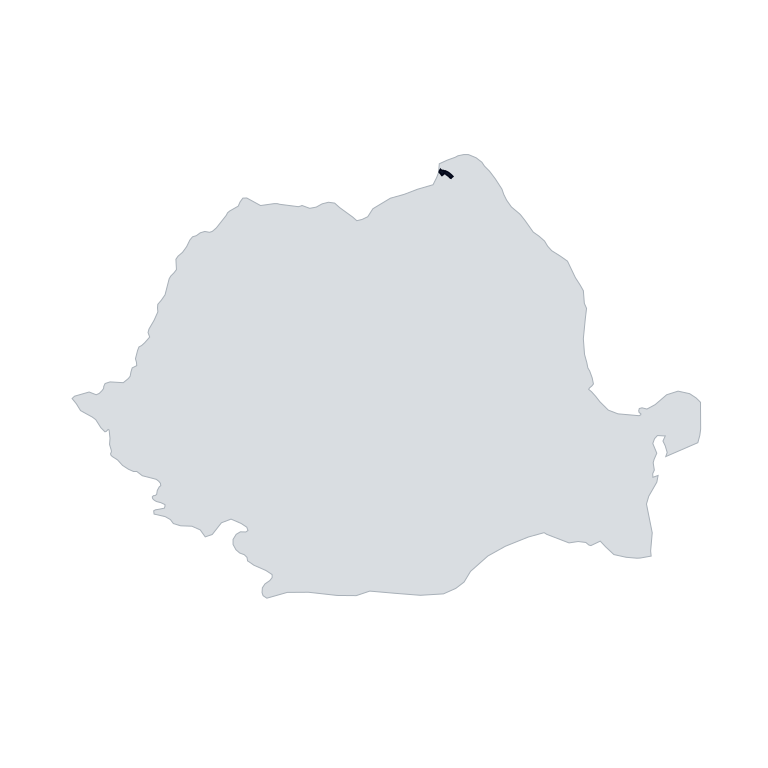 Cristinesti, Botosani, Romania (highlighted), rotated 352°
{"feature_id": "2599482B10546697969723", "entity_name": "Cristinesti", "entity_type": "district", "adm_level": 2, "iso_a3": "ROU", "parent_name": "Romania", "parent_adm1": "Botosani", "projection": "albers", "projection_center": [26.378, 48.088], "detail": "fine", "context": "in_parent", "style": "filled", "palette": "ink", "viewbox_px": 768, "rotation_deg": 352, "n_neighbors": 0, "source": "geoboundaries", "source_scale": "gbopen_adm2", "svg_char_len": 5503}
<svg xmlns="http://www.w3.org/2000/svg" viewBox="0 0 768 768"><g transform="rotate(352 384 384)"><path d="M595.3,431.6L602.5,441.1L611.5,446.1L632.2,450.9L634.0,450.2L634.2,449.2L632.7,447.8L632.5,446.0L633.4,443.8L636.2,443.5L640.9,445.4L649.6,442.2L662.4,434.0L674.2,432.0L685.3,436.1L691.1,441.2L694.9,446.2L694.0,452.5L693.5,456.4L691.3,472.7L689.6,478.8L686.6,485.8L652.9,495.1L654.9,491.2L653.9,484.4L652.3,479.3L655.3,474.6L647.6,473.1L644.3,475.8L641.9,480.3L644.5,490.5L641.0,496.2L639.6,499.4L639.7,506.9L637.6,510.2L637.3,513.8L642.7,512.7L640.5,519.2L630.6,531.9L627.2,539.4L628.9,568.7L624.8,586.4L624.6,591.6L613.5,592.0L610.2,591.7L599.7,589.3L587.9,584.9L580.8,576.1L576.3,569.7L566.4,572.8L564.5,572.0L561.8,569.0L554.3,567.0L545.1,567.1L524.2,555.5L521.9,553.5L505.7,555.6L481.5,561.6L462.9,568.8L443.6,581.6L435.7,591.3L426.6,596.4L413.7,600.1L390.6,598.3L366.7,593.0L341.1,587.1L327.1,589.7L308.3,586.9L280.2,579.7L259.2,576.9L238.2,579.8L234.8,576.8L234.2,573.5L235.2,568.9L238.3,565.4L243.5,562.8L246.3,560.1L246.7,557.2L241.2,552.3L230.0,545.4L225.5,541.2L224.3,540.2L224.2,536.6L221.9,533.6L217.6,531.3L214.3,527.5L212.2,521.9L212.9,516.9L216.7,512.3L221.2,510.4L226.6,511.3L228.9,510.1L228.2,506.7L223.1,502.2L213.7,496.5L203.7,498.8L193.0,509.1L185.7,510.5L181.7,502.9L174.0,498.1L162.8,496.1L156.0,492.9L153.6,488.5L148.9,484.9L138.2,480.8L138.3,477.5L140.1,476.8L144.0,476.7L149.2,476.4L150.1,474.6L150.3,472.9L146.4,470.4L142.3,468.7L140.3,467.1L139.0,465.4L138.8,463.6L140.1,462.5L141.8,462.6L143.5,461.7L144.7,457.8L147.1,454.6L148.8,453.6L148.8,451.2L147.3,448.8L145.2,446.7L141.9,445.3L131.9,441.2L127.0,436.2L123.8,435.8L119.0,432.8L113.8,428.3L109.6,422.1L104.8,418.0L103.6,416.3L103.6,414.8L104.6,413.3L104.7,411.5L103.8,405.7L105.1,399.7L105.3,394.0L105.4,391.4L104.5,390.6L103.6,391.3L102.3,392.3L101.0,392.5L97.6,388.0L93.6,379.2L90.6,376.2L84.7,371.8L79.8,368.1L76.6,360.8L73.1,355.0L75.9,353.0L90.9,350.9L97.5,354.6L100.7,353.7L103.9,351.3L105.7,349.4L106.2,347.3L107.9,344.7L113.0,343.8L126.0,346.4L131.6,343.0L133.7,341.0L135.2,336.6L136.9,333.0L141.7,331.4L141.9,328.0L141.4,324.4L144.7,316.4L146.5,313.2L149.3,312.2L152.7,309.9L158.5,304.9L157.5,300.2L158.9,296.9L165.2,288.9L170.1,281.1L170.3,277.1L171.1,273.6L175.2,270.0L179.6,265.2L185.9,249.9L187.9,247.4L191.6,244.6L194.4,241.8L195.3,231.5L197.9,228.7L202.8,225.6L207.7,220.5L211.8,214.4L214.9,211.6L218.8,211.0L223.1,208.7L227.8,208.0L232.3,209.5L235.2,209.0L239.7,206.1L251.3,195.0L252.9,192.7L255.3,191.2L264.4,187.6L266.8,183.7L270.1,180.3L274.0,180.7L286.6,190.1L300.5,190.1L303.1,190.5L303.9,190.7L305.6,191.5L323.9,196.5L326.8,196.1L327.6,195.8L334.9,199.7L341.5,199.4L347.8,197.0L354.3,196.3L360.3,198.0L364.7,203.2L376.3,214.4L379.8,218.5L385.2,218.0L391.2,216.1L397.4,208.9L416.2,200.9L430.4,199.0L444.3,195.8L460.3,193.5L465.0,186.7L467.5,182.1L469.4,173.6L477.9,171.1L486.1,169.4L489.0,168.3L495.0,167.9L499.6,168.6L506.7,172.8L511.8,178.0L513.8,182.2L518.2,188.1L522.8,196.4L527.9,207.4L529.0,213.0L531.0,219.0L534.8,226.4L542.0,234.4L543.1,236.0L546.4,241.7L552.9,254.3L558.2,259.3L562.9,264.8L565.2,270.3L568.6,275.3L576.4,281.9L582.8,287.9L588.3,305.3L592.0,313.3L594.4,319.4L593.6,332.0L595.1,337.3L592.5,347.1L587.7,366.9L586.7,382.6L587.8,391.0L588.1,396.4L589.5,399.8L591.0,406.9L591.4,413.1L589.5,414.9L586.9,416.5L585.9,417.8L588.4,420.5L591.9,425.7L595.3,431.6Z" fill="#d9dde1" stroke="#a8b0b8" stroke-width="1"/><path d="M480.7,187.5L480.5,187.2L480.2,186.8L480.2,186.7L479.8,186.2L479.7,186.2L479.5,185.9L479.4,185.8L479.3,185.6L479.1,185.5L479.1,185.4L478.7,185.0L478.5,184.7L478.3,184.5L477.5,183.7L477.4,183.6L477.2,183.4L476.1,182.6L475.9,182.5L475.8,182.4L475.7,182.4L475.4,182.2L475.2,182.0L475.0,181.9L474.5,181.5L474.4,181.5L474.1,181.4L473.9,181.4L474.0,181.6L473.9,181.7L473.9,181.8L473.8,181.7L473.7,181.7L473.6,181.8L473.4,181.8L473.4,181.7L473.3,181.3L473.2,181.2L472.9,181.0L472.8,180.9L472.7,180.9L472.4,180.8L472.2,180.8L472.2,180.7L471.9,180.6L471.6,180.7L471.4,180.9L471.2,180.7L470.9,180.4L470.6,180.3L470.6,180.2L470.4,180.1L470.5,180.1L470.4,179.9L470.2,179.8L470.0,179.7L469.9,179.7L469.7,179.5L469.7,179.4L469.1,179.9L468.9,180.2L468.6,180.7L468.5,181.0L468.2,181.6L468.3,181.7L468.3,181.8L468.2,181.9L468.2,182.0L468.3,182.0L468.4,182.3L468.5,182.5L468.8,182.8L468.8,183.0L469.0,183.1L469.1,183.3L469.2,183.5L469.3,183.4L469.3,183.5L469.5,183.7L469.5,183.8L469.5,184.0L469.6,184.3L469.7,184.5L469.8,184.7L469.9,184.4L470.1,184.3L470.1,184.5L470.3,184.6L470.5,184.7L470.8,184.8L470.7,184.8L470.4,185.0L470.3,185.3L470.1,185.1L470.1,185.3L470.2,185.5L471.1,185.3L471.4,185.1L471.5,185.0L471.8,184.9L472.0,184.7L472.3,184.5L472.4,184.2L472.5,184.2L472.4,183.9L472.2,184.0L472.1,183.9L472.2,183.6L472.3,183.5L472.4,183.4L472.5,183.4L472.5,183.5L472.8,183.6L473.0,183.5L473.0,183.4L473.0,183.5L473.3,183.7L473.6,184.0L473.9,184.3L474.0,184.4L474.1,184.5L474.9,185.2L474.9,185.3L475.0,185.3L475.2,185.6L475.3,185.6L475.4,185.8L475.5,185.8L475.6,186.1L475.8,186.2L476.1,186.6L476.6,186.9L476.6,187.0L476.8,187.1L477.0,187.3L477.2,187.6L477.3,187.6L477.5,187.7L477.5,188.0L477.6,188.3L477.8,188.2L478.0,188.1L478.2,188.3L478.3,188.4L478.3,188.5L478.5,188.7L478.4,188.8L478.3,188.7L478.2,188.7L478.3,188.8L478.3,189.1L478.5,189.2L478.5,189.3L478.7,189.5L478.8,189.5L479.0,189.6L479.1,189.4L479.3,189.3L479.5,189.1L479.8,188.9L480.0,188.8L480.1,188.7L480.3,188.6L481.2,188.1L481.1,187.9L480.7,187.5Z" fill="#0f172a" stroke="#020617" stroke-width="1.5"/></g></svg>